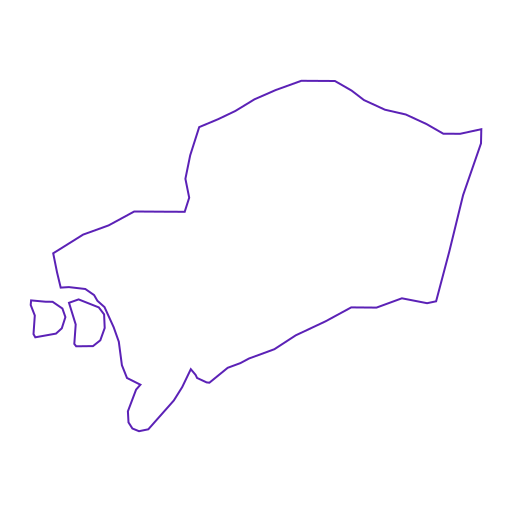 Yomju, P'yŏngan-bukto, North Korea (Equal Earth projection)
{"feature_id": "82179303B57222251804338", "entity_name": "Yomju", "entity_type": "district", "adm_level": 2, "iso_a3": "PRK", "parent_name": "North Korea", "parent_adm1": "P'yŏngan-bukto", "projection": "equal_earth", "projection_center": [124.46, 39.9], "detail": "fine", "context": "isolated", "style": "outline", "palette": "violet", "viewbox_px": 512, "rotation_deg": 0, "n_neighbors": 0, "source": "geoboundaries", "source_scale": "gbopen_adm2", "svg_char_len": 1152}
<svg xmlns="http://www.w3.org/2000/svg" viewBox="0 0 512 512"><path d="M436.1,301.3L449.3,251.5L463.1,195.1L481.0,143.4L481.3,129.2L460.1,133.8L443.3,133.7L426.6,124.1L405.8,114.5L384.9,109.7L364.0,100.1L351.6,90.6L334.9,81.0L301.3,80.8L275.8,90.0L254.5,99.3L235.3,111.0L218.1,119.2L199.2,127.1L194.7,141.2L190.2,155.3L185.4,178.8L189.2,197.7L184.7,211.8L163.7,211.7L134.2,211.5L108.6,225.4L83.1,234.6L53.2,253.3L57.0,272.2L60.7,287.6L68.9,287.1L85.3,289.0L94.1,295.1L97.4,300.8L104.5,307.1L113.7,327.3L118.8,341.7L121.9,365.2L127.0,378.0L140.4,384.7L136.1,389.6L127.9,411.3L128.5,422.4L132.4,428.5L139.0,431.2L148.3,429.3L173.8,400.5L182.2,387.1L190.8,369.2L195.6,374.9L197.1,378.0L206.6,382.4L209.4,382.7L227.7,367.8L240.4,363.1L249.0,358.5L274.4,349.2L295.8,335.3L325.6,321.3L351.2,307.4L376.5,307.6L401.9,298.3L427.1,303.2L436.1,301.3ZM93.0,346.1L100.3,340.3L104.7,328.0L104.1,314.4L98.8,307.4L78.6,299.4L69.0,302.8L75.7,324.5L74.3,343.9L76.2,346.3L93.0,346.1ZM56.0,333.6L61.8,328.3L65.4,317.1L62.4,308.5L52.6,301.8L45.3,301.7L31.1,300.4L30.7,305.0L34.8,315.5L33.5,334.1L35.3,337.3L56.0,333.6Z" fill="none" stroke="#5b21b6" stroke-width="2"/></svg>